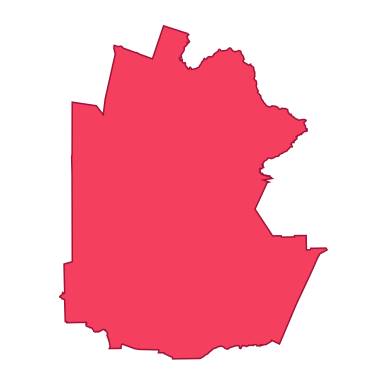 the district of Rotorua District, Bay of Plenty, New Zealand, rotated 179°
{"feature_id": "76426892B632863576138", "entity_name": "Rotorua District", "entity_type": "district", "adm_level": 2, "iso_a3": "NZL", "parent_name": "New Zealand", "parent_adm1": "Bay of Plenty", "projection": "natural_earth1", "projection_center": [176.197, -38.253], "detail": "fine", "context": "isolated", "style": "filled", "palette": "rose", "viewbox_px": 384, "rotation_deg": 179, "n_neighbors": 0, "source": "geoboundaries", "source_scale": "gbopen_adm2", "svg_char_len": 5891}
<svg xmlns="http://www.w3.org/2000/svg" viewBox="0 0 384 384"><g transform="rotate(179 192 192)"><path d="M76.7,261.8L78.5,262.6L80.6,262.5L83.8,261.9L88.1,264.1L89.2,265.3L90.7,266.2L91.1,266.7L91.2,267.4L91.7,267.7L91.8,268.0L92.4,267.6L93.5,268.7L94.6,270.4L94.9,272.6L96.9,273.8L99.4,273.9L100.8,274.2L101.7,273.4L102.9,273.2L103.3,273.4L104.7,275.1L106.7,276.2L110.5,276.7L112.1,275.7L112.9,275.6L113.6,275.7L114.3,276.2L115.9,276.7L117.6,279.1L119.0,280.6L119.4,281.7L120.7,283.4L121.4,284.9L121.6,285.9L121.5,286.9L122.5,287.9L122.8,288.5L124.3,289.7L124.6,290.3L124.6,291.2L123.9,291.8L125.1,293.7L125.9,296.6L125.9,297.5L125.4,298.8L125.6,299.5L125.6,300.6L126.1,302.2L127.6,303.2L127.9,304.6L127.1,306.8L127.3,308.3L127.1,309.7L127.3,311.2L127.9,312.2L127.9,313.5L128.3,314.7L128.3,315.7L130.8,317.4L131.1,318.8L132.7,317.9L133.4,317.9L135.4,319.4L137.9,320.7L138.6,321.4L138.6,322.0L137.7,323.6L137.7,324.6L138.0,324.9L138.0,325.6L138.6,327.2L140.1,329.1L140.8,331.8L141.5,332.3L143.0,332.6L144.0,332.0L147.0,331.5L149.1,332.7L150.7,335.0L151.5,335.4L152.9,334.8L154.2,333.3L155.9,332.9L160.1,332.5L160.6,332.7L161.7,334.1L162.6,334.1L163.0,333.7L163.3,332.6L163.8,332.0L167.4,329.7L168.1,328.8L168.4,327.9L169.8,326.9L170.7,326.6L171.8,327.0L173.4,326.8L174.5,325.8L175.1,324.7L175.7,324.4L176.5,324.6L177.3,325.3L177.6,325.2L178.2,323.4L179.8,322.0L180.9,319.6L182.3,318.1L182.4,317.0L182.7,316.6L184.3,316.2L185.6,315.4L187.0,315.0L190.3,314.6L190.7,315.0L190.7,315.8L191.0,316.3L191.4,316.7L191.9,316.7L192.2,316.4L192.7,315.0L193.3,314.7L193.7,314.9L194.4,316.4L196.1,318.2L196.4,319.4L196.2,320.5L196.5,321.2L197.0,321.5L198.2,321.1L198.9,321.6L199.4,322.7L199.5,323.5L199.3,324.4L199.5,324.9L200.0,324.7L200.7,323.6L201.5,323.6L201.7,324.2L201.7,325.2L202.4,326.3L202.0,326.6L200.7,326.4L200.1,326.7L200.1,327.0L200.5,328.6L200.4,329.3L197.9,333.0L197.2,334.5L197.4,336.1L197.3,336.7L195.3,338.4L193.6,340.4L193.6,340.9L194.1,341.1L194.3,341.5L192.6,341.5L191.9,342.1L191.9,342.7L193.3,344.5L194.2,347.2L194.0,348.0L192.5,349.3L193.5,350.4L217.5,358.6L229.2,325.8L242.1,330.7L242.7,331.2L245.0,332.4L245.6,332.2L258.0,336.9L260.1,339.0L263.8,338.7L267.1,340.0L267.4,339.4L267.6,337.2L266.4,331.6L266.4,330.8L277.1,286.8L279.4,270.8L286.2,279.9L310.2,283.9L311.2,232.3L311.7,229.0L311.6,212.3L312.9,124.4L321.2,122.2L321.1,93.2L321.9,92.7L322.9,93.8L323.2,93.4L322.8,92.9L323.0,92.8L322.9,92.4L323.6,92.1L323.9,91.4L325.1,90.7L326.1,89.6L326.1,89.4L325.6,89.1L324.5,88.6L323.9,87.6L323.0,87.5L322.6,87.0L322.0,87.0L321.5,86.7L321.2,86.0L321.0,64.6L319.7,64.6L319.6,63.9L319.2,63.3L318.7,63.5L299.9,63.5L300.2,62.5L299.6,62.1L300.2,61.7L300.1,61.3L300.4,60.9L299.9,59.8L298.7,59.2L297.5,59.0L296.4,58.1L295.1,58.1L294.6,57.8L294.3,57.2L293.4,56.4L292.8,55.1L292.7,54.5L291.5,53.9L290.5,53.6L289.1,54.3L288.6,53.8L287.9,53.7L287.2,54.2L286.7,54.2L285.0,55.1L284.5,55.7L284.0,55.9L283.1,56.2L282.6,55.8L281.9,56.0L281.0,55.7L280.9,55.4L281.2,55.0L280.0,54.1L278.9,52.3L278.9,51.4L279.5,50.4L279.5,50.1L279.0,49.5L279.1,48.3L278.0,47.0L278.3,46.2L277.8,45.4L277.7,44.3L277.2,43.0L276.6,38.8L277.4,36.9L265.7,36.9L265.8,38.1L265.4,38.9L265.4,39.9L264.4,41.2L252.1,36.4L247.0,35.5L228.3,34.8L227.9,34.4L228.4,31.8L222.7,31.8L222.7,31.0L214.5,27.0L214.2,26.2L214.3,25.5L186.8,25.4L183.7,27.1L181.2,29.0L179.3,29.8L176.9,32.2L176.4,32.4L175.2,33.3L174.9,34.0L174.3,34.1L173.0,35.1L171.0,35.6L168.5,36.9L167.6,36.9L166.6,37.3L165.2,37.3L163.3,36.6L162.7,36.2L162.1,35.5L160.5,34.5L159.3,34.4L158.0,34.7L157.6,35.3L156.2,36.0L154.4,36.4L152.1,37.3L151.5,37.2L150.8,37.6L149.2,37.6L148.3,37.8L147.7,37.3L147.3,35.6L146.8,35.3L146.8,34.8L146.5,34.6L145.7,35.0L145.4,36.1L144.9,36.4L144.6,37.2L144.2,37.6L143.6,37.6L143.1,37.3L142.3,37.5L140.7,36.7L140.1,36.6L138.9,37.0L137.8,38.0L136.7,37.5L135.0,37.7L134.1,37.7L133.6,37.4L133.4,37.5L133.1,38.2L132.4,38.3L132.0,38.1L131.0,38.4L130.0,37.8L129.8,37.1L128.9,37.3L128.6,37.0L127.6,37.2L127.0,36.8L127.0,37.5L126.3,37.9L125.6,37.5L125.3,37.8L125.3,37.4L125.1,37.4L124.8,38.0L124.3,37.6L124.0,38.0L123.5,37.9L121.8,38.2L120.8,38.1L115.5,41.2L115.1,42.4L107.2,38.5L89.6,78.2L74.4,109.2L67.8,123.5L65.2,128.0L57.9,131.8L59.0,133.6L72.1,133.6L72.1,133.4L72.3,133.4L74.0,133.8L74.9,132.1L78.6,132.1L78.6,146.5L90.3,146.6L90.3,145.3L103.2,145.3L103.7,146.7L112.2,146.7L129.3,173.8L116.7,200.0L114.7,200.6L120.4,202.8L111.6,204.1L112.1,204.4L112.5,204.2L112.4,205.1L112.9,205.1L113.2,204.8L113.4,205.2L113.7,205.2L113.6,205.8L113.9,206.6L114.5,206.2L114.7,206.7L115.1,206.6L115.5,206.9L116.3,206.5L116.4,207.0L117.2,207.4L117.4,207.4L117.5,206.9L117.9,206.9L118.1,207.5L118.4,207.5L118.5,207.2L119.6,207.6L119.9,208.0L120.7,207.9L120.8,208.8L121.4,209.4L121.8,209.3L121.7,208.5L122.6,209.0L122.9,210.3L123.1,210.5L124.0,210.5L123.5,211.3L123.9,211.7L123.3,213.0L124.0,213.4L124.0,213.8L123.1,214.5L122.0,214.1L121.0,214.9L119.9,215.2L119.9,215.4L120.4,215.4L120.7,215.8L121.0,216.8L120.4,217.1L120.3,217.6L120.5,217.8L121.0,217.6L121.4,218.1L121.1,218.5L121.1,218.8L120.5,219.2L119.2,221.6L116.8,222.8L115.2,224.6L114.0,224.7L112.5,224.1L111.8,224.0L109.3,225.0L107.8,226.0L105.0,226.2L103.2,228.5L101.0,229.1L99.3,230.3L96.5,231.3L95.6,232.5L92.8,235.2L91.7,235.5L90.5,235.1L91.2,235.7L91.5,237.3L92.3,237.8L92.3,238.2L91.8,238.7L91.4,239.5L90.4,239.8L90.0,239.6L89.2,239.7L89.0,240.2L89.9,240.3L89.8,240.8L89.1,241.1L88.9,241.7L87.8,242.0L87.7,242.4L87.1,243.0L86.3,243.2L86.4,243.5L86.3,243.9L86.7,245.2L86.9,245.5L86.4,245.8L85.9,245.5L85.5,246.1L85.4,246.7L83.7,247.0L83.3,247.5L82.6,247.6L82.6,247.9L81.6,247.6L81.0,248.3L80.8,249.0L79.4,249.7L78.9,250.5L78.3,250.7L76.8,250.5L75.7,251.3L75.8,252.1L76.3,252.0L76.4,252.5L76.2,252.7L76.4,252.9L76.2,253.2L77.2,253.4L77.4,255.7L77.8,256.8L78.5,257.6L78.4,258.0L78.9,259.0L78.9,259.4L78.6,259.9L77.6,260.4L76.7,261.4L76.7,261.8Z" fill="#f43f5e" stroke="#9f1239" stroke-width="1.5"/></g></svg>